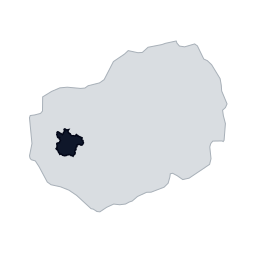 Radovish, Radoviš, North Macedonia shown in context, rotated 171°
{"feature_id": "65306769B69057078753294", "entity_name": "Radovish", "entity_type": "district", "adm_level": 2, "iso_a3": "MKD", "parent_name": "North Macedonia", "parent_adm1": "Radoviš", "projection": "equal_earth", "projection_center": [22.502, 41.651], "detail": "fine", "context": "in_parent", "style": "filled", "palette": "ink", "viewbox_px": 256, "rotation_deg": 171, "n_neighbors": 0, "source": "geoboundaries", "source_scale": "gbopen_adm2", "svg_char_len": 2493}
<svg xmlns="http://www.w3.org/2000/svg" viewBox="0 0 256 256"><g transform="rotate(171 128 128)"><path d="M115.3,61.0L119.7,61.6L129.3,58.9L135.3,55.2L138.3,54.7L142.3,53.3L148.2,53.5L154.0,55.1L161.5,53.0L168.9,49.6L171.8,50.4L175.0,53.3L177.1,54.1L189.3,69.5L196.0,75.8L203.9,80.5L212.9,84.0L216.2,87.3L221.9,103.7L224.7,110.0L228.5,111.8L229.5,113.6L229.6,116.0L225.3,127.6L223.7,153.6L222.6,155.6L218.1,155.5L212.1,156.1L209.8,158.1L207.4,172.1L197.7,176.1L189.0,178.3L181.6,177.8L168.6,174.5L164.3,174.2L160.7,176.0L149.1,177.0L144.0,179.5L132.0,195.9L119.8,201.6L115.7,204.4L106.4,200.8L102.0,200.4L95.6,204.6L81.5,205.1L77.7,205.8L66.8,206.4L66.4,204.2L64.4,200.9L59.4,199.3L49.0,200.6L46.6,198.2L42.4,184.3L39.1,182.1L35.5,177.4L29.3,162.3L29.2,155.6L29.7,149.9L26.4,136.3L28.6,132.9L31.8,130.8L31.9,125.3L31.1,117.1L35.0,100.9L36.1,99.7L37.1,100.5L46.3,101.8L48.7,99.7L50.2,96.5L50.8,84.7L53.1,79.3L75.5,68.9L82.0,68.5L87.0,73.3L91.0,76.3L93.4,76.2L94.3,73.1L97.0,67.2L101.6,63.9L115.2,61.0L115.3,61.0Z" fill="#d9dde1" stroke="#a8b0b8" stroke-width="1"/><path d="M200.4,114.9L199.8,113.8L199.5,112.6L198.4,112.8L197.6,112.3L196.9,111.3L194.6,110.4L193.8,110.7L193.3,110.5L192.7,110.9L192.3,110.8L191.7,111.1L191.1,110.9L190.9,111.1L190.5,110.9L190.2,111.0L189.9,110.8L189.4,110.8L188.5,109.6L188.0,109.7L187.2,109.3L186.7,108.7L185.6,110.0L184.4,110.7L184.1,111.8L184.5,111.8L184.3,113.1L183.5,114.6L182.8,114.7L182.6,116.7L182.0,117.4L181.5,117.5L181.3,117.8L181.3,117.6L181.1,118.9L180.5,119.5L177.9,119.3L177.5,118.6L176.2,118.3L175.0,119.3L174.8,119.8L174.3,120.3L174.6,121.8L174.4,122.5L174.7,123.0L175.3,123.3L175.8,124.5L174.8,125.3L174.9,125.6L176.6,126.5L176.9,127.0L177.9,127.3L178.6,128.2L178.8,127.8L179.3,128.1L179.4,128.7L180.1,129.6L181.4,128.3L183.2,129.0L184.9,129.1L185.4,129.7L186.0,131.4L186.8,131.7L187.0,132.3L187.8,133.3L187.6,134.8L186.8,135.7L188.6,135.6L190.2,136.6L190.4,137.0L190.8,137.0L191.2,136.8L191.5,136.2L191.0,135.5L191.0,134.7L192.4,133.7L192.9,132.5L193.9,131.7L194.3,132.4L194.7,132.6L195.1,133.1L195.9,133.2L196.3,133.6L196.2,133.9L197.7,135.2L198.0,135.3L198.8,134.8L198.9,133.5L199.4,132.6L198.9,130.9L199.1,130.5L198.9,129.8L198.8,129.6L197.9,129.6L197.1,129.2L197.7,128.3L197.5,128.2L196.6,126.4L198.5,124.0L199.4,124.3L199.6,124.0L200.7,123.9L200.9,122.3L200.6,121.3L201.1,120.7L201.2,119.6L201.6,119.5L202.3,118.8L201.9,118.2L201.7,118.2L201.6,117.8L201.0,117.8L200.4,114.9Z" fill="#0f172a" stroke="#020617" stroke-width="1.5"/></g></svg>